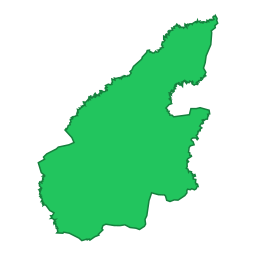 outline of Phimai, Nakhon Ratchasima, Thailand
{"feature_id": "78962969B83847555024390", "entity_name": "Phimai", "entity_type": "district", "adm_level": 2, "iso_a3": "THA", "parent_name": "Thailand", "parent_adm1": "Nakhon Ratchasima", "projection": "orthographic", "projection_center": [102.551, 15.277], "detail": "fine", "context": "isolated", "style": "filled", "palette": "green", "viewbox_px": 256, "rotation_deg": 0, "n_neighbors": 0, "source": "geoboundaries", "source_scale": "gbopen_adm2", "svg_char_len": 5716}
<svg xmlns="http://www.w3.org/2000/svg" viewBox="0 0 256 256"><path d="M98.4,234.2L102.9,229.9L101.9,228.6L103.0,225.5L105.9,224.2L114.1,225.5L120.0,225.6L124.9,224.8L130.0,227.5L136.0,228.2L139.5,229.5L144.4,226.3L145.6,224.1L145.0,219.4L146.8,215.7L149.0,200.6L151.6,192.8L158.5,194.7L164.4,194.9L165.5,196.0L166.7,200.3L170.0,201.5L174.2,199.9L178.1,200.1L184.8,195.6L186.9,192.9L186.8,190.6L187.6,189.2L190.4,189.7L191.7,188.7L194.5,189.8L196.1,188.8L197.4,186.2L198.1,186.4L197.5,184.2L196.2,184.4L196.4,183.6L195.4,182.8L195.8,179.5L193.2,179.0L193.2,176.9L195.4,176.1L194.9,174.5L192.5,175.4L192.6,174.0L191.4,173.4L191.5,171.8L189.4,171.2L188.6,172.2L188.0,169.2L186.3,168.3L187.2,166.7L187.0,163.2L188.6,161.6L187.9,160.8L187.1,161.5L186.8,160.7L187.7,158.8L191.5,156.3L191.2,155.4L189.7,155.3L189.8,152.9L188.5,152.4L189.1,147.5L190.4,145.8L194.1,144.8L193.1,141.8L191.3,140.3L191.2,139.3L192.5,138.0L196.0,137.9L197.2,139.7L198.2,138.6L196.3,135.4L197.7,134.2L198.0,131.5L198.7,131.7L199.5,130.0L200.2,130.5L200.4,128.8L201.8,127.9L199.6,126.1L201.7,123.2L202.6,123.8L203.4,123.0L202.2,120.1L203.6,119.7L203.9,120.6L205.7,119.2L207.4,119.1L207.8,116.2L208.5,115.8L207.7,114.3L209.7,113.9L209.1,110.2L200.1,107.7L196.3,108.6L190.9,108.6L189.4,114.7L173.7,116.8L172.1,115.2L169.8,115.1L169.7,113.8L168.4,112.8L169.1,111.3L167.2,111.0L167.5,109.7L165.9,108.1L169.0,104.6L171.7,103.6L171.1,102.5L171.3,100.8L169.8,99.6L170.9,99.1L169.6,98.5L170.8,97.7L169.4,94.9L170.3,94.4L171.3,95.0L171.0,93.6L172.2,93.7L170.1,93.1L169.9,94.2L169.1,92.9L170.7,92.7L171.2,90.9L172.1,91.3L172.1,90.2L173.0,90.7L173.0,92.2L174.1,91.3L173.9,89.2L175.4,88.7L174.3,87.5L175.9,86.5L174.9,86.0L175.8,85.4L175.1,84.9L175.8,84.1L176.4,84.4L176.8,83.5L178.7,84.2L179.0,83.8L178.3,83.0L178.8,82.6L180.1,84.0L180.0,85.1L181.4,84.9L182.5,86.3L182.6,84.6L181.3,83.9L183.0,82.9L181.8,82.1L184.2,81.1L185.1,81.5L184.2,80.6L184.7,80.3L186.6,81.7L185.5,82.2L186.6,83.6L187.5,82.1L189.0,82.7L189.8,81.1L191.6,82.2L192.5,81.3L193.0,82.2L192.0,83.7L194.1,85.1L195.6,84.2L197.6,84.5L198.0,83.6L196.5,82.5L197.7,81.6L198.9,82.0L198.8,80.6L201.2,80.3L200.7,77.9L201.6,77.8L202.5,79.0L203.5,77.0L204.4,76.8L203.8,75.0L204.8,76.2L205.8,75.8L204.8,74.4L205.9,72.4L203.5,68.1L205.2,62.6L206.1,55.9L210.8,44.7L211.7,32.8L211.3,30.8L215.3,27.7L214.9,25.6L217.7,23.2L216.7,20.6L217.1,18.5L215.3,15.4L214.9,16.3L213.7,16.2L212.9,17.1L214.0,19.4L212.0,20.3L211.8,19.4L210.5,20.2L210.0,19.4L208.5,20.6L208.6,21.5L207.0,20.3L206.7,22.4L203.7,21.7L203.0,21.8L203.2,22.8L202.2,22.9L201.6,22.0L200.5,22.6L199.5,21.9L199.8,21.2L198.0,21.8L197.5,20.2L196.7,22.7L196.1,22.5L196.5,21.7L195.5,21.7L192.5,23.6L192.2,24.5L191.5,23.8L189.7,23.9L188.5,25.4L187.9,24.1L186.0,25.0L185.0,24.1L184.9,25.3L186.8,26.0L186.9,27.6L185.6,26.2L183.6,28.1L183.1,27.2L181.0,27.5L180.6,26.6L179.5,27.6L178.5,26.4L179.8,25.2L178.4,25.7L176.8,24.1L176.3,24.9L177.3,26.2L176.2,25.7L173.9,26.6L174.4,28.2L171.8,28.0L172.6,30.2L170.5,30.5L169.6,32.3L169.0,30.6L168.1,31.3L168.8,34.9L166.8,33.9L165.8,34.5L166.0,35.1L167.1,35.1L166.5,35.4L166.7,37.4L165.8,36.7L165.9,37.4L165.2,37.5L165.2,36.8L163.7,36.1L163.7,39.5L165.0,40.2L163.6,42.1L162.4,41.9L161.6,45.0L162.6,45.5L162.3,46.5L163.1,47.5L160.3,48.1L160.7,49.2L159.1,49.8L159.1,50.6L158.3,50.4L158.8,51.0L158.1,52.0L156.7,52.2L155.7,51.1L154.2,52.9L152.4,53.0L151.7,52.2L150.2,52.2L150.4,51.6L149.3,51.1L149.4,50.1L147.2,50.5L146.6,52.5L142.1,57.3L142.3,58.1L141.1,59.7L133.5,66.4L131.8,70.1L130.0,71.5L131.2,73.0L129.1,75.8L128.1,75.4L127.3,76.4L124.5,75.7L124.6,76.6L123.2,76.1L122.9,77.0L122.0,76.7L121.8,77.5L122.7,77.7L121.6,77.9L121.2,78.8L120.3,77.5L119.4,78.4L119.0,77.7L115.7,78.5L114.4,78.1L114.9,80.1L111.9,79.0L112.4,82.5L111.5,83.2L111.9,84.4L110.4,84.8L108.3,84.2L105.5,85.6L107.0,87.4L105.4,87.6L105.2,88.7L107.2,89.7L107.2,90.4L105.9,90.2L105.6,91.3L103.8,91.8L101.6,90.7L99.9,90.7L100.2,91.9L100.9,91.6L101.0,92.5L101.8,92.7L101.2,93.6L99.4,92.5L100.2,93.4L98.8,94.1L99.4,95.7L97.0,95.5L97.3,94.9L96.2,94.8L95.2,93.3L94.2,94.6L95.2,96.1L96.3,95.9L95.5,97.1L95.0,96.6L94.2,97.1L93.3,96.2L91.9,98.1L90.7,97.0L91.1,96.2L90.5,96.0L89.9,97.1L89.0,96.8L88.9,97.5L89.8,97.7L89.0,98.5L89.8,98.4L90.2,99.6L88.8,99.3L88.4,100.6L87.5,100.3L85.5,102.3L83.4,101.9L83.6,103.0L84.7,102.8L85.1,104.2L84.4,104.6L85.0,105.5L83.9,105.2L82.9,106.3L82.2,105.4L82.4,106.4L81.7,106.4L82.2,106.9L80.4,108.2L79.5,108.1L80.0,108.9L78.3,109.9L77.5,109.5L77.9,111.7L77.5,111.6L77.3,112.2L78.1,112.0L78.2,112.7L76.8,113.9L77.5,115.5L76.2,115.4L75.5,116.4L74.0,116.4L73.1,117.3L72.5,116.8L71.4,117.7L72.4,117.8L72.6,118.8L70.3,119.7L71.0,121.9L69.8,122.9L70.2,124.7L68.2,125.5L67.6,127.9L67.0,128.6L66.2,128.4L65.7,129.1L66.3,129.6L65.1,130.1L71.9,137.6L74.0,142.5L68.9,144.8L58.3,147.1L56.3,149.0L46.7,153.9L43.5,157.1L44.6,159.2L38.3,162.7L41.3,172.6L44.2,175.0L42.7,176.1L44.4,176.3L42.6,178.0L42.8,178.9L43.9,179.2L42.6,179.5L42.7,181.2L41.4,181.3L41.7,182.9L39.8,181.9L39.0,183.7L39.8,184.3L39.4,185.8L42.1,188.6L41.1,188.1L39.7,189.1L41.2,189.1L40.5,190.9L39.8,189.7L39.1,189.9L40.1,192.4L39.6,194.1L40.8,194.9L39.9,196.2L41.4,196.4L40.6,197.7L41.9,198.2L42.2,199.7L41.3,201.4L43.2,200.9L42.1,201.9L43.6,203.0L42.4,203.4L42.8,204.3L43.4,204.0L43.1,205.4L43.9,204.8L45.9,205.2L49.8,210.5L54.0,212.8L52.3,215.7L50.7,215.7L51.8,217.5L50.8,218.4L52.2,218.3L54.1,219.7L55.4,219.5L54.4,220.3L55.2,221.2L54.3,221.4L53.7,222.8L54.0,223.9L54.8,222.8L55.1,223.7L55.7,223.5L56.0,226.9L56.9,226.7L57.6,228.0L56.9,228.4L57.8,228.7L57.3,229.5L57.9,231.5L56.8,232.9L62.9,233.2L63.8,232.2L69.3,233.2L79.0,238.1L81.8,240.6L86.9,239.1L87.2,239.9L89.2,239.0L89.9,240.1L94.8,236.7L98.9,235.1L98.4,234.2Z" fill="#22c55e" stroke="#15803d" stroke-width="1.5"/></svg>